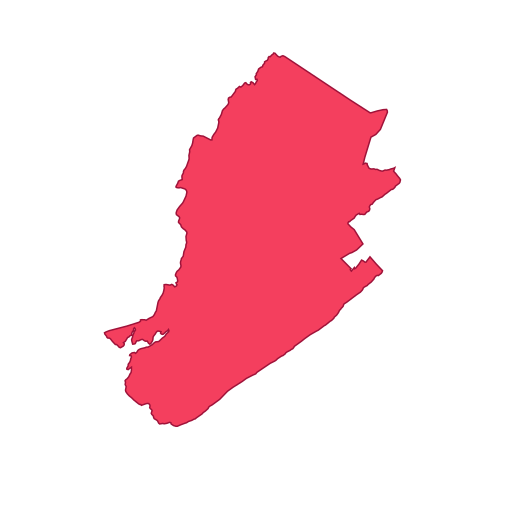 the district of Kilifi South, Coast, Kenya, rotated 32°
{"feature_id": "3690345B19939243433246", "entity_name": "Kilifi South", "entity_type": "district", "adm_level": 2, "iso_a3": "KEN", "parent_name": "Kenya", "parent_adm1": "Coast", "projection": "robinson", "projection_center": [39.732, -3.813], "detail": "fine", "context": "isolated", "style": "filled", "palette": "rose", "viewbox_px": 512, "rotation_deg": 32, "n_neighbors": 0, "source": "geoboundaries", "source_scale": "gbopen_adm2", "svg_char_len": 6136}
<svg xmlns="http://www.w3.org/2000/svg" viewBox="0 0 512 512"><g transform="rotate(32 256 256)"><path d="M163.4,74.5L163.5,75.8L162.9,77.0L162.4,79.5L161.4,79.9L161.2,81.1L161.8,82.4L161.9,84.1L161.0,85.5L160.4,86.8L161.1,88.0L160.7,90.6L161.2,92.0L160.1,93.4L159.1,96.0L159.7,98.6L159.6,101.3L160.3,102.1L160.2,104.5L162.1,106.5L163.2,105.6L164.1,106.4L164.0,108.4L164.2,110.0L164.0,111.4L161.5,110.6L159.6,110.8L159.4,111.9L160.1,112.6L160.1,113.6L159.4,114.6L158.4,115.0L156.8,114.9L155.5,114.4L154.7,115.3L154.4,118.7L153.6,120.8L152.1,121.0L151.4,123.7L150.7,124.9L150.8,126.2L151.3,127.1L150.7,134.2L149.6,135.3L149.0,136.6L149.5,138.1L151.6,140.4L152.0,142.3L151.2,146.9L150.7,148.4L150.5,150.5L151.6,154.3L151.9,158.4L151.7,159.5L151.9,160.6L152.8,161.2L153.7,162.4L155.7,167.8L156.1,172.2L155.8,175.2L155.9,178.6L157.1,180.9L156.1,181.6L147.8,182.3L145.3,183.5L142.8,184.2L142.0,185.1L140.5,189.0L141.0,190.5L142.4,193.8L143.1,196.4L143.3,201.0L144.6,202.8L145.8,206.2L147.7,208.9L148.1,210.1L149.6,216.8L149.7,219.2L149.4,221.5L149.7,222.8L150.4,224.0L150.6,226.9L151.2,228.1L152.9,230.3L151.3,232.3L150.6,233.6L151.1,236.0L151.2,238.5L151.5,239.9L152.5,240.0L153.5,239.6L154.6,239.0L155.8,237.9L160.2,236.8L161.6,237.0L162.8,237.7L163.6,238.6L164.9,242.2L165.7,248.7L165.7,250.1L165.0,254.4L164.7,258.6L165.0,260.2L165.5,261.9L166.6,263.1L169.8,263.4L170.9,263.9L171.4,264.9L171.8,267.2L172.3,268.4L173.2,268.8L175.5,269.3L177.3,270.8L179.8,271.4L181.9,271.5L184.5,272.3L185.3,273.2L186.3,276.6L188.7,279.9L189.8,280.9L190.4,282.1L190.5,283.2L191.8,285.8L192.6,290.5L194.4,294.8L194.1,297.7L194.6,299.0L195.0,300.6L195.6,301.9L197.6,304.1L198.1,305.3L197.9,308.6L197.2,310.8L197.2,312.1L197.6,314.5L198.3,315.5L199.9,315.8L200.9,316.5L202.9,318.7L203.0,320.1L202.3,321.0L203.1,321.8L204.2,322.2L204.4,323.2L204.1,324.2L203.4,325.2L201.0,324.6L199.6,324.7L198.5,326.3L194.8,327.8L193.3,329.0L194.1,330.5L195.1,331.7L196.1,334.1L196.9,336.6L197.1,339.2L196.9,341.9L197.2,342.9L197.1,345.6L197.5,347.3L200.6,355.5L200.5,357.1L200.8,359.1L200.8,360.7L200.6,362.1L198.4,365.5L196.9,368.7L195.5,369.0L192.6,370.7L191.9,371.4L192.6,372.6L191.8,374.3L183.6,383.9L171.2,397.0L169.1,399.8L168.2,401.4L169.2,402.3L171.7,403.2L172.8,404.0L173.8,404.1L175.3,403.3L176.5,403.4L179.5,404.5L183.6,405.6L184.6,405.0L186.1,405.2L188.4,405.9L189.7,405.6L191.2,402.7L191.3,401.3L190.8,400.2L189.5,399.7L190.4,397.7L190.3,393.1L191.1,392.1L191.3,390.6L192.4,389.2L191.6,387.4L191.3,385.6L191.6,384.0L190.7,382.5L190.9,381.3L192.0,381.6L193.0,382.6L192.9,385.2L193.3,386.2L193.7,388.9L194.3,390.2L194.7,392.6L195.4,393.6L198.1,396.1L199.2,395.3L200.0,394.3L199.7,391.3L201.5,390.0L202.9,387.7L204.1,386.8L206.4,387.0L207.7,386.7L208.9,385.8L211.0,386.9L212.5,387.1L213.2,386.0L213.2,383.0L212.9,381.7L211.7,379.3L211.6,378.0L211.9,375.4L211.8,373.5L212.2,372.0L213.2,371.3L215.5,370.5L215.9,372.0L217.0,372.3L218.1,372.1L218.9,371.3L219.8,367.7L220.6,366.3L220.7,364.7L221.8,365.5L222.1,366.6L221.2,369.9L221.3,371.7L220.7,373.9L220.1,375.1L219.1,379.3L218.6,380.3L216.4,382.0L215.7,383.4L215.0,386.2L212.8,390.4L211.3,391.4L210.4,392.7L207.6,395.5L206.5,397.0L205.9,398.5L205.9,400.9L205.4,402.4L204.1,402.2L202.2,403.9L201.3,406.5L201.6,407.4L202.9,406.8L203.9,407.6L204.2,409.4L204.9,411.2L205.2,412.9L205.0,415.5L205.8,417.0L205.9,419.7L206.6,420.5L207.9,420.0L208.3,418.5L209.3,416.3L210.8,418.7L211.8,421.0L211.7,422.8L212.1,425.9L211.7,428.6L211.1,430.1L211.1,431.3L212.1,432.0L213.2,434.4L215.1,435.5L216.4,438.9L217.5,440.0L220.0,441.1L222.7,441.8L225.5,442.1L228.9,442.9L235.0,443.6L236.1,443.5L236.9,443.0L237.9,443.4L241.1,439.4L241.8,438.8L242.6,438.2L243.9,438.1L245.1,438.7L245.8,439.7L246.1,440.8L247.1,441.4L248.7,441.6L249.8,442.2L250.5,444.9L251.7,445.6L252.8,445.8L253.8,446.2L254.9,447.3L255.9,447.9L258.7,447.8L259.9,448.0L262.0,449.3L263.3,449.5L265.7,447.4L267.0,447.0L269.0,445.2L270.9,442.8L272.1,442.5L273.0,443.4L275.9,443.5L278.4,442.8L279.5,442.1L281.7,438.9L284.4,435.4L285.4,434.3L286.5,432.0L288.6,429.5L289.9,427.2L290.8,426.3L291.2,424.8L293.9,418.6L294.2,416.8L295.2,414.4L296.2,410.8L296.0,409.3L296.3,408.0L297.7,405.5L301.2,396.7L303.5,385.8L306.1,379.4L310.8,369.7L312.7,364.9L316.4,358.7L318.2,356.1L318.4,354.2L324.9,339.5L327.6,335.1L328.2,333.8L328.7,331.6L330.7,327.3L331.6,326.2L332.6,323.5L332.6,322.2L333.2,320.8L334.9,318.0L335.4,316.6L336.3,315.2L336.5,313.5L336.4,312.3L339.7,304.2L341.1,300.2L343.7,293.9L347.2,287.4L348.1,286.0L350.8,278.9L351.5,277.8L353.5,271.9L354.2,270.7L355.0,267.6L354.8,266.4L355.7,263.4L355.9,260.4L355.6,257.7L356.0,256.5L356.0,255.2L356.4,253.6L356.5,252.2L356.1,250.9L356.1,249.8L357.4,247.2L361.8,235.6L363.7,231.3L364.2,228.6L364.2,227.6L363.9,226.3L364.3,224.9L366.0,222.0L366.1,220.8L367.5,217.1L368.2,213.1L368.0,211.8L368.2,209.8L369.0,208.2L370.1,207.8L371.4,204.4L371.5,203.1L371.1,201.4L362.2,199.1L353.1,196.3L352.5,203.0L351.7,203.5L349.7,203.3L347.7,203.5L347.6,208.4L347.0,213.4L346.4,214.5L345.5,213.7L344.9,218.3L344.0,218.1L343.1,217.5L343.3,216.4L329.4,213.1L333.9,204.2L335.5,202.3L338.1,197.6L340.3,189.1L325.3,181.6L321.1,181.1L316.9,180.0L316.4,178.9L316.4,177.8L317.2,177.3L317.5,175.8L319.2,171.7L319.1,170.1L319.3,168.1L320.9,165.1L322.1,165.7L323.0,164.9L324.1,164.3L325.0,164.0L326.2,163.1L326.6,160.1L327.9,158.3L327.9,156.6L327.3,155.4L326.1,154.4L325.9,153.0L326.0,151.6L327.0,150.6L327.2,148.2L327.8,144.8L329.1,143.1L330.5,140.6L331.6,139.1L332.7,135.2L333.4,133.8L335.5,127.9L336.6,127.0L337.1,125.5L337.4,123.9L337.2,122.9L338.9,118.5L339.0,117.4L338.2,114.9L336.8,114.1L333.1,112.9L331.7,112.3L327.8,111.2L326.9,107.5L326.2,108.7L323.9,111.1L323.3,112.1L320.9,114.3L319.9,114.7L318.4,116.9L317.5,117.4L315.1,118.1L312.8,118.3L311.4,119.3L309.8,119.6L307.9,121.0L306.9,121.4L305.9,121.6L305.0,121.5L302.2,119.8L301.2,118.7L299.5,119.3L298.9,120.4L298.2,121.3L296.0,114.7L290.5,94.3L293.2,89.4L294.4,82.7L291.3,64.5L290.4,63.3L289.1,62.5L286.3,64.5L281.9,68.8L278.0,73.2L277.0,74.1L253.4,73.8L174.8,71.6L172.7,71.9L171.5,73.3L171.1,74.7L168.6,75.1L164.6,74.0L163.4,74.5Z" fill="#f43f5e" stroke="#9f1239" stroke-width="1.5"/></g></svg>